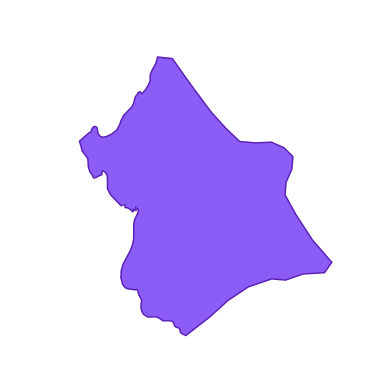 map outline of Kirklareli (orthographic projection), rotated 241°
{"feature_id": "TUR-2241", "entity_name": "Kirklareli", "entity_type": "Province", "adm_level": 1, "iso_a3": "TUR", "parent_name": "Turkey", "parent_adm1": "", "projection": "orthographic", "projection_center": [27.563, 41.681], "detail": "fine", "context": "isolated", "style": "filled", "palette": "violet", "viewbox_px": 384, "rotation_deg": 241, "n_neighbors": 0, "source": "natural_earth", "source_scale": "10m", "svg_char_len": 1819}
<svg xmlns="http://www.w3.org/2000/svg" viewBox="0 0 384 384"><g transform="rotate(241 192 192)"><path d="M144.8,86.6L151.4,88.2L157.3,91.8L162.4,96.9L170.4,109.3L174.5,114.2L179.0,118.1L192.8,125.9L195.6,128.4L200.1,134.7L202.6,136.5L205.6,135.2L203.0,134.0L203.5,133.5L204.7,132.9L205.3,132.3L204.7,132.0L204.2,131.6L203.6,131.3L203.4,130.7L207.4,129.2L209.3,128.0L210.9,125.9L212.3,127.0L213.3,127.0L213.9,125.8L214.4,123.3L229.0,119.4L235.9,119.7L245.8,125.1L248.3,125.9L250.8,125.8L253.1,124.9L253.7,123.3L250.8,121.5L251.2,119.0L251.2,115.6L251.7,113.1L252.5,112.8L253.2,112.7L254.0,112.8L254.7,113.1L258.3,112.5L260.0,112.6L264.7,113.7L269.7,116.2L272.2,117.0L281.4,115.8L284.2,116.7L291.0,118.2L293.6,130.3L293.7,133.1L294.6,133.7L295.9,135.3L296.7,137.3L296.4,139.0L294.7,140.1L292.7,139.7L289.2,138.3L286.1,138.4L283.7,139.8L282.1,143.2L281.6,149.5L282.7,156.2L285.5,160.8L289.0,164.7L292.1,169.3L295.7,180.7L297.9,184.0L301.4,187.2L303.0,189.1L303.9,191.7L304.4,192.1L304.9,192.9L305.1,194.4L304.6,195.4L303.6,195.3L302.7,195.4L302.6,197.0L304.0,201.0L306.6,205.5L309.7,209.4L315.1,212.5L317.9,216.2L322.0,222.8L326.8,227.3L318.2,239.5L317.9,239.5L284.7,243.2L252.0,247.6L231.4,252.5L213.0,258.2L204.0,271.6L197.1,285.6L186.1,293.9L174.0,297.4L163.4,290.3L154.9,279.0L144.4,272.0L122.3,271.9L91.4,274.1L62.7,280.2L57.2,268.7L66.5,249.3L69.6,231.2L77.4,219.5L81.7,195.2L79.7,170.8L74.0,146.6L69.5,117.4L69.4,117.2L71.7,115.3L73.8,114.0L75.8,114.0L77.6,114.7L79.3,114.7L81.3,112.7L83.3,111.9L86.8,112.5L88.5,112.0L90.6,109.5L92.1,106.5L93.8,103.9L96.4,102.8L100.1,100.3L104.3,92.5L108.8,90.2L109.1,90.3L112.4,90.3L115.8,91.4L118.9,93.3L121.8,95.7L123.9,95.5L128.1,95.7L132.7,96.9L133.5,96.6L133.6,95.7L134.1,94.7L138.3,89.1L140.7,87.2L144.8,86.6Z" fill="#8b5cf6" stroke="#5b21b6" stroke-width="1.5"/></g></svg>